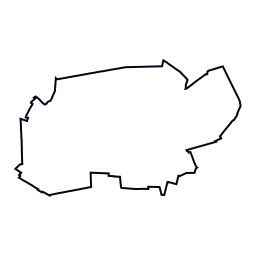 the district of Alphen aan den Rijn, Zuid-Holland, Netherlands
{"feature_id": "6326949B35182149476625", "entity_name": "Alphen aan den Rijn", "entity_type": "district", "adm_level": 2, "iso_a3": "NLD", "parent_name": "Netherlands", "parent_adm1": "Zuid-Holland", "projection": "robinson", "projection_center": [4.634, 52.113], "detail": "fine", "context": "isolated", "style": "outline", "palette": "ink", "viewbox_px": 256, "rotation_deg": 0, "n_neighbors": 0, "source": "geoboundaries", "source_scale": "gbopen_adm2", "svg_char_len": 5009}
<svg xmlns="http://www.w3.org/2000/svg" viewBox="0 0 256 256"><path d="M142.6,188.8L148.4,189.0L148.4,188.7L148.4,188.4L148.4,188.1L148.4,187.9L148.4,187.6L148.2,187.6L148.2,186.8L158.4,187.0L159.5,187.0L159.6,187.3L159.8,187.9L159.9,188.2L159.9,188.4L160.0,188.6L160.0,188.8L160.2,189.6L160.7,191.4L160.9,192.2L161.1,193.2L161.3,193.6L161.5,194.8L164.2,195.0L164.8,192.8L167.4,182.2L168.3,182.4L168.4,182.0L176.4,184.2L178.0,177.5L178.4,175.8L178.7,175.8L178.6,176.3L178.7,176.5L179.1,176.3L179.5,176.1L180.8,175.6L181.5,175.3L182.1,175.1L183.0,174.6L183.4,174.4L183.9,174.1L184.7,173.8L185.3,173.5L185.5,173.4L186.4,173.0L186.6,173.0L194.6,172.8L194.7,172.2L194.8,171.8L195.0,171.1L195.2,170.5L195.5,169.4L195.7,169.1L195.8,169.0L196.0,168.8L196.3,168.3L196.7,167.8L197.0,167.6L196.8,167.5L196.3,166.8L195.7,165.6L195.1,164.3L195.1,164.1L195.0,163.8L194.8,163.8L194.7,163.6L194.2,162.4L194.0,161.8L194.0,161.6L193.9,161.3L193.7,160.8L193.6,160.5L193.5,160.4L193.3,159.9L193.2,159.5L193.0,159.1L192.6,157.9L192.2,156.7L192.1,156.3L192.0,156.2L191.9,155.8L191.6,155.3L191.4,154.7L191.2,154.2L190.4,152.1L188.9,152.5L188.7,152.5L188.4,151.8L187.3,151.1L187.0,150.9L186.8,150.8L186.8,150.7L186.5,150.1L196.0,147.4L201.5,145.9L206.0,144.6L215.0,142.1L216.0,141.8L215.3,141.1L216.5,140.5L221.0,138.5L221.2,138.4L221.0,137.9L220.9,137.9L220.5,137.1L220.1,136.7L219.9,136.2L220.4,135.8L220.6,135.6L221.1,134.9L221.5,134.4L222.5,133.1L222.9,132.7L223.6,131.7L224.6,130.5L225.5,129.4L226.2,128.5L227.3,127.3L227.6,126.8L228.0,126.3L229.4,124.6L229.9,124.1L231.1,122.5L232.5,120.7L232.9,120.4L233.4,120.3L233.6,120.3L233.8,120.2L234.0,120.0L234.3,119.4L235.6,117.5L236.2,116.6L236.8,115.5L237.3,114.6L237.5,113.9L237.5,113.6L237.4,113.3L237.3,113.2L237.5,112.8L237.9,112.0L238.8,109.9L239.0,109.5L239.3,108.7L239.7,108.1L240.2,107.0L240.3,106.7L240.6,105.7L240.6,105.4L240.5,105.2L240.4,105.2L240.2,103.4L240.0,102.9L239.6,100.5L234.3,89.8L227.4,75.9L224.2,69.2L222.8,66.4L214.9,68.8L214.8,69.0L214.6,69.1L214.3,69.1L214.2,69.1L213.9,69.1L208.0,70.9L207.5,72.2L207.4,72.2L207.3,74.1L207.2,74.2L205.5,74.5L205.5,74.4L205.1,74.6L204.8,74.9L202.6,76.5L201.2,77.6L199.2,79.0L198.0,79.9L197.6,80.1L197.0,80.6L196.1,81.3L194.1,82.8L193.3,83.4L193.1,83.7L192.6,84.0L192.2,84.4L189.9,86.1L188.7,87.0L188.3,87.3L186.7,88.6L185.5,88.8L185.8,88.0L185.9,87.7L185.8,86.9L185.8,86.1L185.8,85.5L185.8,85.2L185.9,84.5L185.9,84.2L186.3,83.6L186.4,83.1L186.5,82.9L186.7,82.5L187.1,81.3L187.5,80.2L187.4,79.9L187.2,79.8L187.1,79.6L187.3,79.4L186.5,78.5L181.7,73.6L181.5,73.4L181.5,73.2L181.0,72.8L180.2,71.9L180.0,71.7L179.5,71.5L176.9,69.6L176.7,69.7L175.7,68.9L168.0,63.4L166.7,62.4L163.4,60.4L162.0,66.3L125.6,67.2L124.9,67.3L124.2,67.5L123.1,67.6L120.6,68.1L116.7,68.8L110.5,69.8L102.5,71.3L102.4,71.2L99.7,71.7L95.6,72.4L94.4,72.7L93.5,72.8L91.5,73.2L91.0,73.2L90.6,73.3L89.3,73.5L86.4,74.1L85.1,74.3L77.2,75.7L68.3,77.3L62.4,78.4L60.9,78.6L58.8,79.0L57.2,79.3L57.0,79.2L55.9,78.2L55.9,78.4L55.6,81.6L55.4,84.2L55.0,89.4L54.9,91.0L54.8,91.5L54.0,93.0L53.8,93.6L53.5,94.2L53.4,94.6L52.9,95.5L52.6,96.2L52.2,96.9L52.1,97.5L52.1,97.9L51.9,98.3L51.7,98.6L51.4,99.0L51.1,99.6L50.8,100.2L50.6,100.5L50.3,100.8L50.2,100.9L49.8,101.0L49.6,101.1L49.3,101.2L48.9,101.3L48.0,101.8L47.8,101.9L47.5,102.1L47.2,102.5L46.9,103.1L46.8,103.4L46.7,103.5L46.4,103.6L46.2,103.7L46.0,104.1L44.8,104.6L43.4,103.5L43.0,103.2L42.8,103.0L41.1,101.3L39.9,100.0L39.5,99.4L39.3,99.3L38.5,98.6L37.0,97.4L36.5,97.1L35.6,96.5L34.2,97.4L33.9,97.6L34.7,98.2L35.2,98.5L34.1,99.5L33.7,99.7L33.4,100.1L31.6,101.6L31.3,101.9L31.5,102.1L31.3,102.3L31.3,102.5L31.0,102.9L31.9,103.5L32.2,103.8L32.6,104.1L31.9,105.2L30.8,107.0L30.1,108.1L29.1,110.0L27.6,113.1L27.4,113.4L26.5,115.0L25.7,117.4L28.0,117.8L27.0,121.0L26.5,120.9L26.2,120.7L25.3,120.5L24.2,120.0L23.7,119.9L23.2,119.7L22.2,119.4L21.9,119.3L21.4,119.2L21.1,119.1L20.8,118.9L20.5,118.8L20.5,119.5L20.6,120.5L20.7,120.8L20.8,123.5L21.1,131.0L21.3,134.7L21.3,135.7L21.4,138.0L21.5,138.1L21.6,140.7L21.9,149.7L21.9,149.9L21.8,150.0L21.9,153.0L22.1,160.1L22.3,164.1L21.3,164.2L20.8,164.2L20.5,164.3L20.2,164.4L19.9,164.6L19.7,164.7L19.4,165.0L15.8,168.4L15.4,168.9L21.2,172.8L19.4,174.5L19.1,175.0L20.1,175.6L20.3,175.9L18.9,177.7L20.0,178.3L21.0,178.9L21.5,179.3L21.9,179.6L22.2,179.8L23.1,180.2L23.6,180.6L24.3,180.9L24.9,181.2L25.4,181.5L28.3,183.2L33.1,186.0L33.2,186.3L33.5,186.5L38.0,189.1L37.5,189.6L37.6,189.8L41.9,192.3L42.5,191.7L43.4,192.3L43.5,192.3L43.8,192.3L44.2,192.5L45.0,193.0L49.6,195.6L49.8,195.0L58.1,193.3L59.5,193.0L59.8,192.9L60.1,192.9L60.3,192.9L67.6,191.5L68.5,191.2L69.8,191.1L71.4,190.8L84.0,188.4L91.1,187.0L91.0,183.6L90.6,172.7L108.7,173.4L108.6,174.7L108.6,175.9L114.1,176.2L114.1,176.5L118.8,176.7L118.8,176.8L120.0,176.8L120.2,179.2L120.3,180.3L120.4,180.6L120.4,181.2L120.5,181.5L120.5,182.2L120.6,183.1L120.7,184.3L120.8,184.7L121.0,186.8L121.1,187.3L121.3,187.9L136.4,189.1L136.6,189.0L141.5,188.9L141.8,188.9L142.6,188.8Z" fill="none" stroke="#020617" stroke-width="2"/></svg>